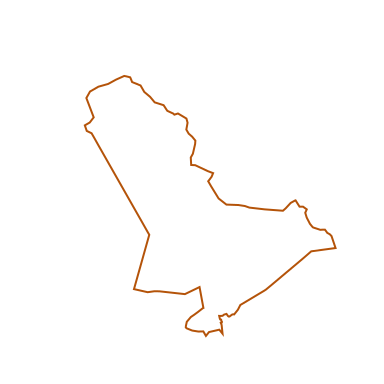 Gurara, Niger, Nigeria, rotated 60°
{"feature_id": "59680162B85303802109421", "entity_name": "Gurara", "entity_type": "district", "adm_level": 2, "iso_a3": "NGA", "parent_name": "Nigeria", "parent_adm1": "Niger", "projection": "equal_earth", "projection_center": [7.034, 9.353], "detail": "fine", "context": "isolated", "style": "outline", "palette": "amber", "viewbox_px": 384, "rotation_deg": 60, "n_neighbors": 0, "source": "geoboundaries", "source_scale": "gbopen_adm2", "svg_char_len": 1940}
<svg xmlns="http://www.w3.org/2000/svg" viewBox="0 0 384 384"><g transform="rotate(60 192 192)"><path d="M247.1,290.8L256.6,280.5L259.1,274.3L261.7,269.9L276.9,249.2L278.1,233.0L298.1,240.1L298.0,240.5L298.9,246.9L299.4,251.5L299.7,255.5L300.7,258.3L301.8,261.4L305.0,264.3L306.2,265.1L307.5,264.7L312.1,261.1L316.0,256.3L318.4,251.9L323.6,251.9L321.8,247.3L324.9,237.2L330.0,236.4L325.5,234.4L321.9,232.8L319.7,232.5L319.9,231.4L319.1,230.9L318.4,231.1L317.1,230.6L316.4,231.3L315.1,231.1L312.9,230.4L313.8,228.9L314.5,227.4L314.2,225.6L314.8,223.1L317.6,222.8L318.3,222.4L318.6,221.7L318.4,220.4L318.2,218.4L318.6,217.3L319.1,216.7L316.9,211.1L314.0,206.6L313.6,179.1L313.5,176.9L312.5,171.0L305.1,129.3L303.0,118.4L312.3,95.7L299.9,93.2L297.5,93.8L296.5,94.4L295.0,95.3L293.6,95.4L291.1,95.7L289.9,97.8L288.9,99.8L287.2,101.3L284.0,104.2L283.0,105.0L281.5,105.3L278.9,105.7L278.3,105.8L277.5,105.7L272.5,105.5L271.3,105.4L268.3,104.7L266.6,104.3L265.6,102.9L264.4,101.3L260.2,103.2L259.5,104.4L258.5,106.2L256.1,106.3L251.0,106.5L250.9,106.9L250.8,112.0L253.0,119.1L253.7,122.6L243.4,137.7L234.2,150.1L230.6,153.2L226.5,158.3L220.1,168.5L210.9,172.2L196.6,172.6L190.8,172.6L188.6,167.4L186.2,164.3L181.8,167.9L170.4,175.8L168.2,179.2L161.5,175.8L159.3,172.1L152.0,165.3L149.2,163.4L144.2,164.2L139.8,165.7L135.1,165.7L129.8,161.2L125.6,160.1L120.9,162.7L117.0,164.9L116.2,168.6L114.8,169.0L114.6,169.1L110.5,172.0L109.3,172.8L106.3,173.0L105.6,173.0L104.0,173.1L102.6,173.2L95.7,179.5L88.7,180.7L81.5,183.3L74.0,183.3L72.4,184.6L70.8,185.7L70.8,185.8L69.0,187.2L68.6,187.5L68.4,187.7L66.8,188.9L64.3,188.5L61.8,188.2L60.3,189.7L58.8,191.3L57.6,192.7L57.6,192.8L56.7,201.6L56.5,210.6L54.0,220.4L54.0,230.1L57.8,236.5L78.2,239.8L80.7,245.8L80.7,251.5L86.5,252.6L90.9,249.6L96.2,249.6L104.3,249.7L176.1,250.2L192.1,250.3L204.0,250.4L207.7,250.4L215.3,258.2L235.3,278.7L247.1,290.8Z" fill="none" stroke="#b45309" stroke-width="2"/></g></svg>